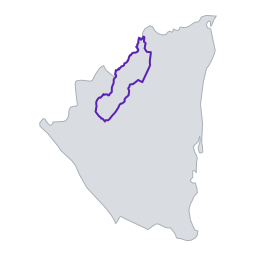 where Jinotega sits in Nicaragua
{"feature_id": "NIC-656", "entity_name": "Jinotega", "entity_type": "Department", "adm_level": 1, "iso_a3": "NIC", "parent_name": "Nicaragua", "parent_adm1": "", "projection": "equal_earth", "projection_center": [-85.491, 13.798], "detail": "fine", "context": "in_parent", "style": "outline", "palette": "violet", "viewbox_px": 256, "rotation_deg": 0, "n_neighbors": 0, "source": "natural_earth", "source_scale": "10m", "svg_char_len": 4619}
<svg xmlns="http://www.w3.org/2000/svg" viewBox="0 0 256 256"><path d="M216.2,16.1L215.1,18.1L214.0,19.3L211.5,25.6L210.6,26.2L210.4,21.5L208.9,20.9L207.2,22.6L206.3,25.0L207.8,28.1L209.1,28.1L210.7,29.0L215.2,50.4L214.2,54.3L211.6,60.2L209.0,65.3L206.5,68.5L203.3,82.1L200.5,104.1L202.6,123.9L201.6,142.3L202.5,146.6L202.8,152.0L200.7,153.0L199.5,152.8L198.3,149.5L198.4,146.6L199.7,143.2L200.2,138.5L199.6,136.1L198.3,141.4L196.1,143.8L194.7,144.6L193.3,147.3L194.8,152.3L196.7,156.0L197.3,158.6L196.6,161.7L196.2,172.5L195.6,172.2L194.8,170.7L192.8,170.6L192.6,174.9L192.8,177.4L191.0,179.2L190.4,181.1L191.8,182.4L193.4,183.2L195.3,183.0L196.9,188.3L197.4,192.7L193.8,196.7L192.5,200.0L190.5,204.0L189.3,207.9L189.0,210.8L190.4,219.7L192.9,226.1L195.0,230.1L197.9,231.0L197.2,235.3L195.1,238.0L191.2,240.2L187.0,240.6L180.0,238.5L177.2,238.3L176.1,237.1L175.7,235.0L173.7,231.9L170.1,227.7L168.0,228.0L164.6,227.1L158.9,224.2L156.2,223.9L152.4,226.3L148.0,229.5L137.4,224.5L130.0,221.0L123.3,217.8L121.5,216.6L120.0,216.9L118.8,218.5L117.3,221.5L116.8,222.3L116.1,223.1L115.2,223.3L115.2,221.9L111.9,216.1L106.7,209.1L86.8,187.6L79.5,174.7L75.5,165.5L71.8,160.7L61.1,150.8L58.6,146.9L48.0,133.8L39.9,126.1L39.8,122.8L43.1,118.7L44.8,118.9L46.5,121.8L49.4,125.1L50.8,125.2L52.8,123.6L52.8,122.1L63.7,121.4L65.7,120.6L67.7,118.2L68.7,114.8L68.9,111.5L69.3,109.2L71.0,106.9L74.2,106.2L76.7,106.0L77.4,104.5L76.7,99.5L75.4,87.5L75.1,84.2L75.6,81.7L76.6,80.8L81.4,80.2L90.5,81.2L92.3,80.4L95.9,73.6L99.3,68.6L101.8,66.4L103.7,65.7L105.9,70.1L113.6,76.5L114.9,76.1L115.7,75.8L115.9,74.8L115.8,71.9L117.7,69.2L121.7,66.8L125.7,62.6L129.7,56.5L133.2,53.0L136.2,51.9L137.3,50.3L136.6,48.0L136.9,44.8L138.0,40.7L139.8,38.3L142.0,37.7L142.9,36.4L142.4,34.4L142.9,32.3L144.9,28.8L149.8,25.8L152.6,26.8L154.9,30.8L158.2,33.6L162.4,35.0L165.7,34.5L168.0,32.0L170.1,31.2L172.0,32.2L173.0,31.6L173.1,29.5L174.0,29.0L175.9,30.2L177.5,30.5L178.9,29.9L179.5,28.9L179.7,27.8L180.8,27.0L184.5,27.8L188.6,26.6L193.1,23.3L196.1,21.9L197.6,22.3L199.4,20.6L201.4,17.0L206.2,15.4L216.2,16.1Z" fill="#d9dde1" stroke="#a8b0b8" stroke-width="1"/><path d="M141.0,39.7L141.8,39.2L143.2,37.4L143.4,36.7L143.6,36.7L143.9,36.8L144.0,36.8L144.1,37.0L144.3,37.4L144.4,37.7L144.4,38.1L144.2,38.8L144.1,39.1L144.1,39.4L144.1,39.7L144.0,40.2L144.0,40.5L144.0,41.0L144.0,41.5L144.1,41.8L144.6,42.3L145.2,42.7L145.4,42.9L145.5,43.2L145.6,43.7L145.5,44.2L145.1,45.2L145.0,45.5L145.1,46.6L145.0,46.9L144.7,47.6L144.6,48.0L144.6,48.3L144.8,48.7L145.5,49.9L146.1,50.7L146.7,51.6L146.9,51.8L147.2,51.9L150.7,52.2L150.8,52.9L150.7,54.2L149.9,60.2L149.8,62.7L150.1,64.6L150.0,65.2L149.7,66.2L147.3,71.4L142.4,81.9L142.2,82.1L138.2,80.0L133.3,83.9L133.2,84.0L130.1,84.5L129.9,84.8L129.7,85.3L129.4,86.6L129.1,87.2L128.8,87.6L128.4,88.0L128.3,88.3L128.3,88.8L128.7,89.7L128.9,90.2L129.1,90.9L129.2,91.5L128.8,93.1L128.7,94.0L128.8,94.3L128.7,94.8L128.6,95.2L128.1,95.7L126.0,97.5L124.8,98.9L124.6,99.6L124.6,101.5L122.4,103.3L121.6,103.7L120.7,103.7L119.9,104.4L119.3,105.3L118.8,106.5L118.1,108.0L115.2,112.4L113.7,114.1L113.3,114.4L111.5,116.5L109.3,119.3L108.4,120.1L108.0,120.2L107.5,120.3L106.1,120.2L105.6,120.3L105.4,120.5L104.9,121.3L103.6,119.9L103.0,119.1L102.4,118.7L102.1,118.5L101.5,118.5L101.3,118.5L100.7,117.5L99.0,116.2L96.0,112.3L95.8,111.8L95.5,111.0L96.0,110.0L96.1,109.1L96.0,108.5L96.6,106.3L96.2,104.0L96.2,102.9L96.3,102.0L96.6,101.2L96.9,100.4L98.3,98.4L99.0,97.7L99.6,97.5L100.2,97.5L100.6,97.7L101.0,97.2L102.5,95.6L102.9,95.0L103.3,94.4L103.7,94.2L104.1,94.8L104.5,94.6L106.6,94.4L107.2,94.4L107.7,94.8L108.0,95.2L108.4,95.4L108.9,95.3L109.2,95.1L109.8,93.8L110.7,93.0L111.4,92.5L111.8,91.8L111.8,88.7L111.9,87.4L112.3,86.2L113.4,83.6L113.6,83.0L113.7,82.3L113.7,79.8L114.0,78.9L114.4,78.3L115.3,77.6L115.7,77.2L116.0,76.3L116.1,75.5L115.9,74.9L115.3,74.7L115.1,74.2L115.3,73.2L115.7,71.6L115.7,70.5L115.9,70.2L116.3,70.3L117.0,70.3L117.5,70.0L118.3,69.1L118.6,69.3L118.9,69.3L118.9,69.0L119.0,69.0L119.2,68.9L119.0,68.4L120.4,67.8L120.8,67.3L121.2,66.6L122.0,66.2L122.3,66.1L123.0,66.0L123.7,65.6L124.1,64.9L124.2,64.1L124.4,63.4L125.8,62.9L126.5,62.4L127.5,61.3L127.9,60.6L128.4,59.6L128.7,58.6L129.0,57.2L129.3,56.4L129.8,55.6L130.2,55.2L130.3,55.1L130.8,55.2L131.0,55.0L131.1,54.6L131.4,54.2L131.6,53.8L131.8,53.5L132.2,53.4L133.1,52.8L133.5,52.7L135.0,52.7L135.9,52.5L136.9,52.0L137.7,51.4L138.2,50.5L138.1,49.3L137.6,48.3L136.9,47.5L136.3,46.9L137.4,45.8L137.4,45.5L137.3,44.7L137.4,44.4L138.3,43.1L138.4,42.8L138.5,40.1L138.7,38.7L139.0,37.9L139.7,38.2L140.3,39.0L141.0,39.7Z" fill="none" stroke="#5b21b6" stroke-width="2"/></svg>